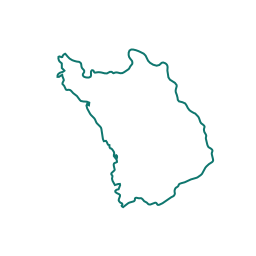 SVG path tracing the border of Chagang-do, rotated 292°
{"feature_id": "PRK-3310", "entity_name": "Chagang-do", "entity_type": "Province", "adm_level": 1, "iso_a3": "PRK", "parent_name": "North Korea", "parent_adm1": "", "projection": "mercator", "projection_center": [126.424, 40.896], "detail": "fine", "context": "isolated", "style": "outline", "palette": "teal", "viewbox_px": 256, "rotation_deg": 292, "n_neighbors": 0, "source": "natural_earth", "source_scale": "10m", "svg_char_len": 4026}
<svg xmlns="http://www.w3.org/2000/svg" viewBox="0 0 256 256"><g transform="rotate(292 128 128)"><path d="M168.0,36.9L168.7,37.7L168.8,39.9L169.2,40.5L170.2,40.4L171.9,40.8L173.3,41.9L173.1,42.5L171.7,45.1L170.5,47.8L170.0,50.9L170.1,53.3L170.4,55.6L170.8,57.1L171.0,57.8L170.9,58.7L170.3,60.2L169.1,61.0L167.8,61.7L166.6,62.6L165.8,64.0L165.3,65.2L164.6,66.0L163.3,66.4L161.1,66.0L160.1,66.3L159.2,67.4L159.0,68.6L159.2,70.3L159.7,71.8L160.2,72.9L161.6,74.1L163.0,74.0L165.7,72.8L166.4,72.6L167.2,72.6L168.0,72.9L168.3,73.7L168.2,74.5L167.2,75.6L166.9,76.3L167.1,76.9L168.5,79.3L169.1,80.9L169.5,82.6L170.0,86.1L170.8,88.1L173.3,90.2L173.9,91.8L173.7,92.8L173.4,93.4L173.4,94.1L174.4,95.1L175.1,96.2L175.5,97.5L175.9,100.3L176.8,102.2L178.3,103.5L182.6,106.4L183.6,106.8L185.9,107.0L188.9,107.9L190.0,107.7L191.5,106.8L192.4,105.4L193.2,103.9L194.3,102.4L196.0,101.2L198.2,100.4L200.4,100.4L202.0,101.6L202.7,103.5L203.1,106.1L203.2,108.8L203.1,111.0L202.8,114.7L201.7,117.2L197.9,121.4L196.7,124.0L196.1,127.7L196.5,131.2L198.1,133.4L201.0,134.8L201.9,136.0L202.0,138.0L201.7,139.4L201.1,140.5L200.3,141.3L199.3,141.9L196.0,143.0L190.1,146.5L188.5,148.8L187.4,154.7L186.0,157.0L185.0,157.5L181.6,157.9L180.2,158.3L179.1,158.9L178.1,159.8L176.9,160.9L174.6,162.6L172.8,163.6L171.8,165.3L172.3,168.9L172.2,171.8L170.8,173.9L169.0,175.9L167.6,178.2L167.1,179.9L166.8,181.7L166.6,183.5L166.6,184.9L164.8,188.9L163.6,190.3L160.8,192.7L160.2,193.5L159.8,194.0L159.2,196.3L158.7,197.6L158.2,198.3L157.6,198.6L156.3,198.7L155.2,198.9L154.6,199.2L154.0,199.5L152.9,200.3L152.2,201.2L151.3,202.4L150.6,203.1L150.0,203.5L148.3,203.8L147.7,204.0L147.0,204.4L142.1,207.9L141.3,208.7L140.7,209.4L140.4,209.9L140.3,210.4L140.0,212.4L139.8,213.1L139.4,214.1L138.8,214.7L138.3,214.9L136.0,215.1L135.1,215.5L130.6,218.7L129.7,219.1L129.1,219.1L128.5,219.0L128.0,218.8L124.7,216.5L121.7,215.1L120.2,214.6L113.2,213.8L111.6,213.1L108.2,210.9L107.2,209.8L103.9,205.6L98.9,200.9L96.8,198.1L95.5,196.7L94.9,196.4L94.4,196.3L93.4,196.4L92.4,196.1L91.6,195.6L90.7,194.9L90.0,194.6L89.4,194.5L88.3,194.5L87.2,194.7L86.1,195.2L85.0,195.9L84.4,196.1L83.7,196.1L82.6,196.0L81.9,195.6L81.3,195.2L80.1,194.1L71.2,188.2L68.7,185.9L68.2,185.2L67.9,184.5L68.0,184.0L68.3,183.5L68.7,183.0L69.0,182.5L69.1,181.9L69.0,181.4L68.7,180.9L65.5,177.5L65.3,177.0L65.1,176.5L65.0,176.0L65.0,175.4L65.2,174.9L65.7,173.8L65.9,173.2L66.2,170.4L66.3,170.2L67.2,168.6L67.5,168.0L67.6,167.5L67.8,167.0L67.8,166.4L67.6,165.9L67.0,164.6L66.9,164.3L66.5,162.0L66.1,161.3L65.7,161.0L65.1,160.9L63.9,161.3L63.2,161.3L62.4,161.0L61.9,160.5L59.5,157.4L58.8,156.7L58.1,156.2L52.8,153.1L53.1,151.7L53.6,151.2L54.9,151.5L55.6,151.0L55.9,150.4L55.9,149.0L56.2,148.2L56.9,147.0L57.6,146.4L58.6,146.2L61.7,146.1L62.8,145.7L63.3,144.6L63.4,142.4L63.8,140.5L64.7,139.8L65.8,140.1L66.9,141.0L67.4,141.9L67.6,142.2L72.1,142.1L73.1,141.4L72.4,139.9L70.2,137.2L73.2,133.5L74.8,132.3L74.9,132.2L77.3,131.7L77.9,131.4L78.3,130.8L78.6,130.1L79.1,129.7L79.8,129.6L80.5,129.8L83.7,131.3L84.5,131.2L87.6,129.0L88.5,128.5L89.8,128.3L90.6,128.8L91.5,129.8L92.4,130.5L93.4,130.0L94.5,129.1L96.9,128.8L97.9,128.3L98.4,127.3L98.0,126.8L97.0,126.7L95.8,126.9L96.7,125.4L98.0,124.9L99.4,124.7L100.7,123.7L102.3,121.3L102.7,120.1L102.5,119.2L103.0,118.4L103.6,117.9L104.4,117.5L105.2,117.2L105.0,115.9L105.7,114.9L106.9,113.8L107.8,112.4L106.7,110.5L108.5,108.8L117.1,103.7L118.2,102.8L118.9,101.6L120.8,97.2L121.7,96.1L123.6,94.2L124.4,93.0L126.2,88.8L127.0,87.5L130.8,82.9L133.2,81.1L135.4,81.1L135.2,81.6L135.0,82.0L134.8,82.3L134.4,82.6L134.4,83.3L137.0,82.6L137.0,80.0L135.9,76.8L135.4,74.2L135.9,72.9L138.5,68.7L139.8,64.1L141.2,61.3L141.5,59.9L141.2,58.6L140.4,57.2L140.4,56.0L143.1,53.1L144.3,50.7L145.5,50.4L148.2,50.6L149.0,50.1L151.4,47.8L152.6,47.1L151.6,46.2L150.5,45.5L149.5,44.8L149.0,43.5L150.3,43.0L151.5,43.0L152.6,43.5L153.7,44.2L155.9,46.8L157.3,47.6L157.8,46.7L158.8,44.2L163.1,42.4L164.0,39.7L164.8,38.6L166.4,37.4L168.0,36.9Z" fill="none" stroke="#0f766e" stroke-width="2"/></g></svg>